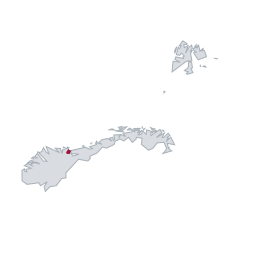 location of Snillfjord nor, Sør-Trøndelag, Norway, rotated 45°
{"feature_id": "86288312B69677732452167", "entity_name": "Snillfjord nor", "entity_type": "district", "adm_level": 2, "iso_a3": "NOR", "parent_name": "Norway", "parent_adm1": "Sør-Trøndelag", "projection": "orthographic", "projection_center": [9.339, 63.426], "detail": "fine", "context": "in_parent", "style": "filled", "palette": "rose", "viewbox_px": 256, "rotation_deg": 45, "n_neighbors": 0, "source": "geoboundaries", "source_scale": "gbopen_adm2", "svg_char_len": 5013}
<svg xmlns="http://www.w3.org/2000/svg" viewBox="0 0 256 256"><g transform="rotate(45 128 128)"><path d="M145.2,125.3L140.5,128.7L141.6,130.2L141.2,135.2L134.9,134.2L134.3,140.1L130.2,141.3L128.3,146.2L129.8,149.7L127.0,157.5L123.4,159.5L123.8,167.7L120.9,175.1L122.8,176.1L123.0,179.7L115.1,185.1L115.8,203.7L119.4,207.1L116.8,210.7L118.1,219.5L114.3,224.8L114.4,231.3L110.2,228.9L108.9,223.2L106.9,230.7L103.7,229.7L96.5,239.2L90.4,240.2L83.0,232.9L83.6,230.1L86.0,231.7L87.5,230.5L85.1,229.4L87.9,225.0L81.3,227.9L82.5,223.8L87.1,222.4L84.7,221.8L86.9,218.3L91.2,215.7L87.0,217.1L81.7,223.8L82.2,219.4L84.6,219.2L82.1,215.9L84.7,213.6L82.1,214.0L81.9,210.0L91.6,211.3L94.3,208.9L82.5,208.6L83.7,205.7L82.1,201.7L87.1,202.9L90.4,202.2L83.2,199.0L97.0,193.9L90.8,193.8L94.7,190.2L99.4,192.8L97.3,189.7L99.2,185.3L108.9,186.7L111.8,181.2L105.8,186.2L103.6,184.3L111.6,171.6L115.8,170.2L117.4,167.8L114.2,168.5L117.5,161.7L116.4,160.3L121.2,158.0L117.7,158.9L117.8,154.9L120.9,149.9L125.8,148.7L122.1,148.3L123.8,145.2L126.4,147.2L126.6,145.4L123.0,142.9L127.0,138.4L128.5,141.7L127.6,137.4L132.4,135.8L128.5,135.2L133.3,128.4L133.4,125.3L135.7,126.5L134.6,124.9L137.7,121.3L138.2,125.0L139.6,119.6L140.0,125.6L141.8,123.4L140.7,119.7L145.3,119.6L142.5,116.2L146.5,114.0L149.6,117.2L151.6,106.4L155.3,107.4L154.8,114.7L157.3,105.9L158.9,110.6L159.9,109.2L160.1,103.3L162.9,103.6L162.3,106.9L163.5,106.6L164.5,110.6L164.6,104.2L172.8,106.9L166.7,111.0L170.8,113.8L175.1,113.3L170.7,121.3L170.5,116.7L169.3,115.0L163.6,112.7L159.2,117.8L160.0,124.8L158.2,129.2L149.1,130.1L145.2,125.3ZM114.4,24.4L117.4,26.4L117.7,30.3L118.7,28.1L119.7,31.2L125.7,35.3L122.1,39.4L119.5,57.2L112.6,48.9L118.3,44.6L112.5,46.3L111.5,43.9L118.1,39.6L116.6,38.9L117.0,37.3L112.9,37.2L113.1,40.1L110.3,42.0L106.4,35.4L108.4,35.3L107.4,32.1L106.1,33.7L105.0,27.7L110.2,26.5L110.6,27.4L108.4,29.4L111.0,31.4L112.2,27.3L115.8,34.5L114.0,27.6L114.4,24.4ZM119.5,19.6L124.5,22.8L124.8,18.6L125.4,18.9L125.6,21.2L127.3,19.2L133.1,22.1L129.4,30.1L122.0,28.7L121.0,27.9L122.6,26.1L119.0,26.5L118.0,25.1L118.8,23.9L117.1,23.1L119.5,23.0L118.9,21.1L120.0,21.9L119.5,19.6ZM126.4,36.5L131.0,39.9L130.7,41.6L134.8,42.9L131.7,48.4L130.8,48.2L130.8,45.8L127.3,47.5L127.9,42.8L124.0,38.1L126.4,36.5ZM125.8,135.2L128.4,133.4L120.7,139.3L124.5,134.8L124.3,130.6L126.3,128.1L125.8,135.2ZM129.2,126.9L132.9,126.1L128.9,129.8L129.2,126.9ZM132.6,124.1L137.1,119.3L135.0,124.0L132.6,124.1ZM104.9,35.9L107.5,40.3L108.2,42.2L106.1,40.0L104.9,35.9ZM122.8,131.2L123.8,134.9L120.7,134.2L122.8,131.2ZM148.0,109.2L146.6,112.3L143.7,111.7L146.7,110.5L148.0,109.2ZM148.8,111.0L148.6,114.3L147.3,113.7L148.8,111.0ZM117.2,139.9L120.1,138.8L117.0,141.5L117.2,139.9ZM142.2,16.0L139.3,18.0L142.2,15.8L142.2,16.0ZM138.2,29.9L140.5,29.8L137.5,31.3L138.2,29.9ZM153.3,105.7L155.0,104.5L155.8,105.0L153.3,105.7ZM149.9,109.9L149.9,111.7L149.0,110.4L149.9,109.9ZM140.2,116.6L140.5,118.3L139.6,117.9L140.2,116.6ZM128.5,76.1L128.5,77.7L127.5,76.6L128.5,76.1ZM136.3,33.2L135.2,33.2L134.9,32.7L136.3,33.2ZM109.6,171.7L110.3,173.0L108.5,172.7L109.6,171.7ZM136.7,116.9L137.8,117.3L138.6,118.2L136.7,116.9ZM117.4,21.0L117.9,22.0L117.3,21.7L117.4,21.0ZM100.2,184.3L98.0,184.5L100.3,183.7L100.2,184.3ZM97.0,186.6L96.2,187.8L95.8,187.1L97.0,186.6ZM116.5,141.9L115.6,143.3L116.6,141.0L116.5,141.9ZM81.7,216.4L81.3,218.3L81.3,215.8L81.7,216.4ZM115.6,160.6L115.1,159.5L115.7,159.6L115.6,160.6ZM170.8,112.1L171.0,113.5L170.8,113.3L170.8,112.1ZM116.2,161.6L115.1,161.9L116.4,161.4L116.2,161.6ZM112.9,164.4L113.1,165.4L112.5,165.1L112.9,164.4ZM81.5,208.4L80.9,209.5L81.1,208.6L81.5,208.4Z" fill="#d9dde1" stroke="#a8b0b8" stroke-width="1"/><path d="M103.6,185.9L103.6,185.7L103.4,185.7L103.2,185.7L103.2,185.8L103.2,185.7L103.1,185.8L103.1,186.0L102.9,186.1L103.0,186.3L102.9,186.4L102.8,186.2L102.9,185.9L102.7,185.8L102.6,186.0L102.4,186.2L102.2,186.1L102.3,186.3L102.2,186.5L102.2,186.4L102.2,186.2L102.0,186.3L101.9,186.3L101.8,186.5L101.9,186.8L101.9,186.7L102.0,186.8L101.9,186.8L102.0,186.8L102.3,186.8L102.5,186.8L102.6,186.7L102.4,186.7L102.3,186.4L102.4,186.5L102.5,186.5L102.4,186.6L102.5,186.6L102.6,186.8L102.8,186.7L103.0,186.7L103.4,186.5L103.2,186.6L103.3,186.6L103.2,186.6L103.3,186.7L103.2,186.7L103.0,186.8L102.9,186.8L102.7,186.9L102.4,186.9L102.4,187.0L102.3,186.9L102.3,187.0L102.2,187.0L101.9,187.1L101.9,187.3L102.0,187.4L102.0,187.5L102.1,187.4L102.2,187.5L102.4,187.6L102.5,187.6L102.9,187.6L103.0,187.5L103.2,187.4L103.3,187.4L103.3,187.5L103.2,187.5L102.8,187.7L102.7,187.7L102.6,187.8L102.5,187.7L102.4,187.7L102.4,187.8L102.2,187.9L102.2,188.0L102.4,188.4L102.6,188.4L102.8,188.5L102.9,188.4L103.0,188.6L103.2,188.4L103.5,188.2L103.7,187.8L103.9,187.6L104.1,187.4L104.3,187.3L104.3,187.2L104.1,187.1L103.9,186.9L103.7,186.7L103.6,186.3L103.4,186.2L103.6,185.8L103.6,185.9ZM101.8,186.3L101.7,186.4L101.6,186.5L101.8,186.4L101.8,186.3ZM103.0,185.8L102.9,185.9L102.9,186.0L103.0,186.0L103.0,185.9L103.0,185.8Z" fill="#f43f5e" stroke="#9f1239" stroke-width="1.5"/></g></svg>